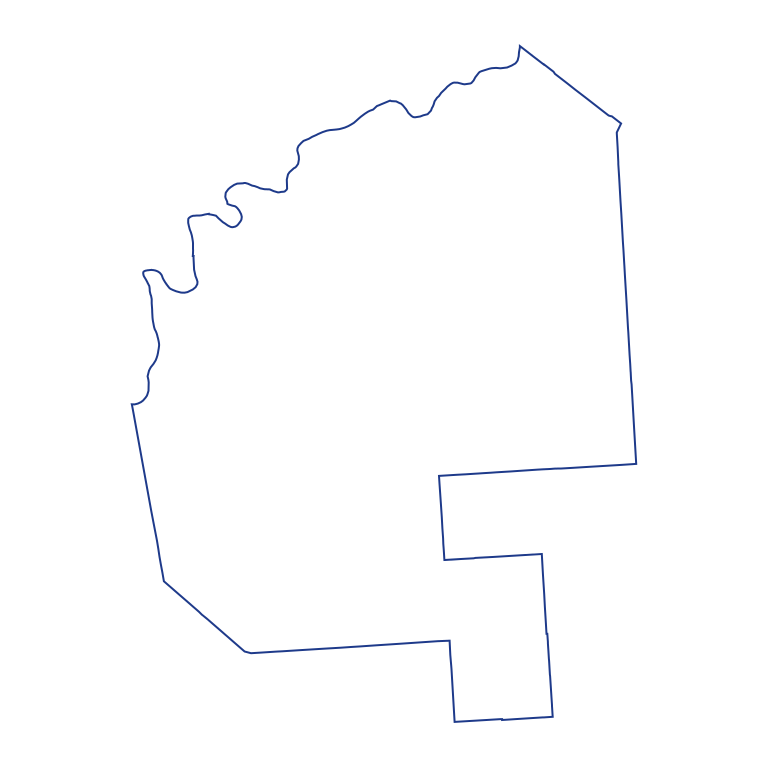 Norwood Payneham and St Peters, South Australia, Australia
{"feature_id": "25037944B5908676794620", "entity_name": "Norwood Payneham and St Peters", "entity_type": "district", "adm_level": 2, "iso_a3": "AUS", "parent_name": "Australia", "parent_adm1": "South Australia", "projection": "orthographic", "projection_center": [138.63, -34.908], "detail": "fine", "context": "isolated", "style": "outline", "palette": "blue", "viewbox_px": 768, "rotation_deg": 0, "n_neighbors": 0, "source": "geoboundaries", "source_scale": "gbopen_adm2", "svg_char_len": 5978}
<svg xmlns="http://www.w3.org/2000/svg" viewBox="0 0 768 768"><path d="M251.0,653.2L260.9,652.6L276.3,651.6L282.2,651.3L300.9,650.1L325.3,648.6L340.8,647.7L350.8,647.0L360.5,646.4L376.4,645.3L400.8,643.7L437.5,641.2L449.6,640.7L450.3,655.0L451.3,666.7L451.5,669.3L454.6,721.9L486.4,720.0L501.1,719.1L502.1,719.1L502.1,720.0L515.7,719.1L533.1,718.0L542.8,717.4L544.0,717.4L545.3,717.3L552.7,716.8L552.5,714.0L552.1,707.5L552.0,706.3L552.0,705.2L551.4,696.2L551.3,694.6L551.2,693.0L550.3,679.1L550.1,676.0L550.0,675.3L549.9,674.6L549.1,660.9L548.9,658.9L548.4,650.8L548.2,647.9L547.9,643.3L547.9,642.0L547.4,635.0L547.3,633.8L546.5,633.8L545.9,623.5L544.9,607.4L544.2,594.0L543.0,575.3L542.8,571.8L541.8,554.0L517.0,555.5L494.1,556.9L475.5,557.9L473.7,558.3L460.9,559.0L444.4,560.0L444.3,558.6L443.8,550.5L443.3,543.9L443.1,538.4L442.4,528.5L441.8,517.3L440.9,503.9L439.5,483.7L439.0,475.9L453.3,475.0L458.4,474.7L465.8,474.3L470.4,474.0L478.4,473.5L482.8,473.2L491.0,472.7L496.5,472.3L503.2,471.9L511.5,471.4L515.8,471.1L524.7,470.5L538.0,469.6L543.4,469.3L549.9,469.0L555.0,468.6L561.5,468.5L573.4,467.8L581.4,467.3L587.9,466.9L621.2,464.9L636.2,463.9L634.2,429.8L631.6,384.5L631.1,380.5L630.7,372.3L630.6,371.3L630.2,363.9L629.6,355.1L628.3,332.2L628.0,328.1L626.4,299.8L625.7,288.4L624.9,275.2L624.4,266.1L624.2,263.0L623.5,250.8L622.9,241.9L621.3,213.6L620.5,201.2L619.3,180.0L618.8,171.8L618.3,164.1L618.3,162.2L617.6,147.0L616.8,133.4L616.8,132.4L621.1,123.5L611.8,116.3L610.5,116.1L608.6,115.5L598.7,107.8L587.9,99.4L584.8,97.0L575.9,90.2L567.3,83.4L555.0,73.9L553.5,71.7L544.0,64.4L543.9,64.6L533.2,56.4L522.4,48.0L519.9,46.1L519.9,47.4L519.0,52.3L518.7,56.3L517.6,60.5L516.5,62.1L515.4,63.4L511.6,65.6L507.1,67.5L500.5,68.3L496.1,67.9L491.8,68.2L489.4,68.7L481.4,71.2L479.6,72.0L478.8,72.8L475.3,77.3L473.6,80.5L471.4,83.0L470.3,83.5L464.6,84.3L463.1,84.1L457.7,82.7L454.1,82.6L452.8,82.9L450.6,84.1L447.3,86.7L445.5,88.7L441.2,92.8L439.0,96.0L437.0,97.8L434.6,101.3L433.7,104.4L432.8,106.6L432.1,107.7L431.8,108.4L431.0,110.6L427.6,114.2L423.3,115.3L420.2,116.5L415.0,117.3L413.3,117.1L411.6,116.1L408.4,113.0L406.2,109.4L403.1,105.6L402.8,105.2L400.8,103.5L399.8,103.2L396.2,101.4L391.2,101.1L390.1,100.6L380.0,104.8L379.9,104.9L378.6,105.4L377.0,106.0L376.2,106.7L374.1,108.7L373.1,109.6L371.7,110.1L370.0,110.7L368.0,111.7L364.9,113.7L361.0,116.6L359.0,118.3L356.0,121.0L353.8,122.9L351.0,124.6L348.3,126.1L344.8,127.6L341.7,128.5L339.4,129.1L336.4,129.5L333.4,129.8L329.8,130.1L326.8,130.7L322.6,132.1L318.0,134.1L316.3,135.0L312.2,136.8L308.8,138.8L303.5,140.9L301.1,143.1L298.5,146.0L297.5,148.3L297.3,150.6L298.8,156.1L298.9,159.6L298.1,163.9L296.3,166.5L295.3,167.5L293.8,168.3L289.5,172.2L288.0,174.4L286.8,179.6L287.1,188.7L286.6,189.7L284.8,191.4L283.9,191.7L281.2,191.9L279.3,192.3L278.0,192.4L273.6,191.1L269.8,189.4L264.3,189.2L260.1,188.3L257.7,187.2L254.6,186.1L252.1,185.6L247.9,183.7L245.3,183.0L244.1,183.0L243.1,183.3L237.2,183.6L234.1,184.9L230.5,187.3L228.3,189.2L226.1,192.2L225.7,193.0L225.3,196.8L225.7,198.4L227.2,201.7L227.4,203.8L228.3,204.3L232.1,205.6L234.9,206.2L236.2,207.0L237.4,208.2L239.2,210.5L241.1,214.1L241.8,216.9L241.4,219.6L240.5,221.3L238.0,224.6L236.7,225.8L235.3,226.6L233.1,227.1L232.1,227.2L230.6,226.9L227.8,225.5L225.0,223.5L222.9,222.2L218.5,218.3L216.0,215.7L213.1,215.0L210.5,214.5L209.0,214.3L208.9,213.8L204.9,214.5L201.7,215.3L199.8,215.5L197.0,215.5L195.0,215.7L193.0,215.8L191.0,216.5L189.9,217.2L188.9,218.0L188.3,218.9L188.2,220.4L188.2,222.9L188.9,226.1L189.8,229.6L190.9,232.3L191.8,235.4L192.4,238.6L192.8,241.1L193.0,243.0L193.0,245.7L193.0,249.1L193.1,250.0L193.0,253.6L192.8,256.0L193.6,256.0L193.5,257.5L194.1,269.7L195.5,276.1L196.8,279.4L197.5,281.8L197.3,284.2L195.6,287.2L192.8,289.5L187.5,292.1L184.5,292.7L181.1,292.6L176.2,291.3L172.7,289.9L170.4,288.8L169.9,288.4L169.6,288.2L169.0,287.5L168.5,286.9L168.3,286.6L168.2,286.4L167.9,286.2L167.7,285.8L167.5,285.6L167.2,285.2L167.0,284.9L166.7,284.6L166.6,284.3L166.4,284.1L166.3,283.9L166.0,283.6L165.9,283.3L165.2,282.4L165.1,282.2L164.9,281.9L164.8,281.7L164.5,281.2L164.3,280.9L163.9,280.2L163.6,279.7L163.4,279.4L163.3,279.1L162.7,277.9L162.5,277.3L162.2,276.5L162.1,276.2L161.8,275.5L161.7,275.2L161.5,274.9L161.2,274.4L160.8,274.0L160.7,273.8L160.5,273.6L159.9,272.9L159.7,272.7L158.8,272.1L158.2,271.7L157.9,271.5L157.6,271.4L157.4,271.3L157.2,271.2L156.3,270.8L155.8,270.7L155.4,270.5L154.4,270.3L153.3,270.1L152.0,270.0L151.7,269.9L151.3,269.9L151.0,270.0L150.4,270.0L150.1,270.0L149.4,270.1L149.1,270.1L148.7,270.2L147.4,270.3L146.6,270.5L145.8,270.6L145.3,270.8L144.7,271.0L144.4,271.1L144.2,271.3L143.7,271.6L143.4,272.0L143.3,272.6L143.2,272.8L143.2,273.3L143.4,274.4L143.4,274.7L143.5,274.9L143.6,275.5L143.8,275.9L143.9,276.2L144.4,277.0L144.5,277.3L144.7,277.6L145.0,278.0L145.4,278.7L146.0,279.7L147.5,282.5L147.6,282.9L148.1,283.7L148.4,284.4L148.9,285.3L149.0,285.5L149.2,285.8L149.4,286.7L149.5,287.5L149.6,288.0L149.6,288.5L149.7,288.9L149.7,290.2L149.8,290.9L149.8,291.3L150.0,292.2L150.3,293.5L150.4,294.1L150.7,294.9L151.0,295.6L151.1,296.0L151.7,299.1L151.7,303.3L152.1,308.9L152.2,310.9L152.2,311.7L152.5,317.4L152.7,319.4L153.0,321.4L153.4,323.4L153.7,325.1L153.8,325.6L153.9,326.1L154.1,327.1L154.4,328.1L154.8,329.4L155.5,330.7L155.7,331.0L156.3,332.5L156.7,333.5L157.3,335.6L157.7,337.4L157.9,337.9L158.7,341.5L159.0,343.4L159.1,344.3L159.1,344.8L159.1,345.5L159.0,346.4L158.9,347.1L158.7,348.6L158.2,351.4L158.0,352.8L157.4,355.5L157.0,356.7L156.6,358.0L156.0,359.5L155.7,360.3L154.9,361.6L153.4,364.0L150.9,367.1L150.2,368.3L149.0,370.7L147.6,376.3L148.4,379.9L148.7,382.4L148.5,390.8L147.5,394.1L146.9,395.7L145.6,397.6L143.1,400.5L141.0,402.1L137.8,403.6L134.6,404.4L131.8,404.3L132.1,405.6L133.6,413.7L151.2,510.7L153.5,522.7L157.0,540.8L158.3,548.7L159.5,556.8L160.9,564.7L162.4,572.6L163.9,581.3L199.1,611.9L201.8,614.6L207.0,618.8L244.6,651.5L251.0,653.2Z" fill="none" stroke="#1e3a8a" stroke-width="2"/></svg>